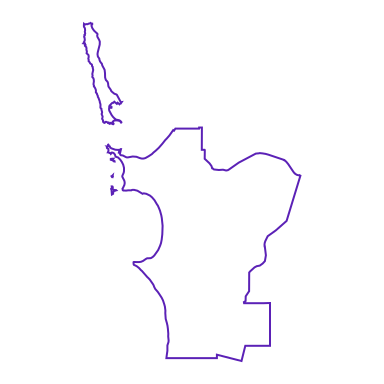 Rockingham, Western Australia, Australia (orthographic projection)
{"feature_id": "25037944B36908504302594", "entity_name": "Rockingham", "entity_type": "district", "adm_level": 2, "iso_a3": "AUS", "parent_name": "Australia", "parent_adm1": "Western Australia", "projection": "orthographic", "projection_center": [115.705, -32.307], "detail": "fine", "context": "isolated", "style": "outline", "palette": "violet", "viewbox_px": 384, "rotation_deg": 0, "n_neighbors": 0, "source": "geoboundaries", "source_scale": "gbopen_adm2", "svg_char_len": 5826}
<svg xmlns="http://www.w3.org/2000/svg" viewBox="0 0 384 384"><path d="M173.2,130.1L169.4,135.5L166.7,138.6L165.3,140.0L162.3,143.8L158.8,147.8L155.7,150.7L153.5,152.5L151.9,154.1L148.7,156.2L145.7,157.9L144.7,158.3L143.0,158.6L141.4,158.5L139.6,158.0L136.5,156.8L132.7,156.5L127.9,157.4L126.8,157.4L125.9,157.1L122.9,155.5L120.8,155.2L120.3,154.7L119.9,153.7L120.0,153.3L121.0,149.1L120.7,149.1L119.7,153.0L118.8,152.7L119.3,150.7L120.0,150.5L120.0,149.9L119.5,149.8L117.8,149.9L115.2,149.7L111.3,148.3L110.2,147.5L109.8,146.4L108.8,146.0L108.6,145.0L108.3,144.6L108.1,144.7L108.2,145.5L107.4,146.4L106.9,146.4L107.2,146.7L107.2,147.1L106.9,147.5L107.1,148.2L107.6,148.3L108.2,148.7L108.5,150.2L108.4,151.1L107.9,152.3L108.4,152.3L109.4,153.0L110.0,153.0L110.5,153.3L110.8,153.9L111.3,153.4L111.6,152.6L112.6,152.6L113.7,153.1L114.9,154.5L115.5,156.4L116.0,156.8L118.1,157.5L120.2,159.6L121.8,161.9L123.2,164.7L124.0,167.9L124.0,171.1L123.7,172.7L122.4,175.7L122.3,176.7L124.3,180.7L124.6,182.0L124.7,183.1L124.4,184.9L122.9,188.1L122.5,188.6L122.8,190.2L123.3,190.5L126.2,190.6L128.4,190.3L131.4,190.3L131.8,190.0L132.3,189.9L134.2,189.9L137.4,190.7L142.6,193.8L143.4,193.4L144.0,193.4L146.3,193.8L150.0,195.6L152.1,197.4L154.5,200.2L157.1,204.6L157.8,205.5L158.9,208.0L160.0,210.7L161.3,215.4L161.8,218.1L162.6,225.8L162.3,234.3L161.7,239.6L161.0,243.1L160.1,245.7L158.2,250.0L154.3,255.5L152.7,257.0L151.1,258.0L150.3,258.2L147.1,258.3L145.8,259.0L143.1,260.9L141.0,261.8L138.9,262.1L133.8,262.0L133.6,262.1L133.5,262.7L133.7,264.5L134.1,265.0L135.4,265.5L137.0,266.4L139.1,268.1L141.0,270.2L141.9,270.9L147.3,277.1L148.2,277.9L149.8,279.6L153.2,284.5L153.7,285.5L154.1,286.7L155.2,288.9L157.8,291.9L159.1,293.8L161.6,297.6L163.0,300.4L164.3,304.4L164.9,306.6L165.4,310.6L165.3,313.1L165.7,318.9L166.9,323.1L167.5,325.8L167.9,328.8L168.3,333.7L168.2,336.5L168.6,340.4L168.5,342.0L167.4,345.4L167.4,350.8L166.8,354.9L166.4,358.1L216.9,358.1L216.9,354.7L241.5,361.0L245.3,345.8L270.0,345.8L270.0,303.0L263.4,303.2L244.1,303.2L243.9,302.1L245.6,301.0L245.7,296.3L249.1,291.2L249.2,272.5L250.1,271.4L254.5,267.4L256.7,266.2L259.8,265.6L262.7,263.5L264.9,261.1L265.9,255.3L264.8,246.3L264.6,246.3L264.5,244.8L264.7,243.0L265.3,241.1L267.7,236.2L275.8,230.4L286.6,220.9L300.4,175.7L299.7,175.3L299.6,175.5L297.0,174.9L295.1,173.8L294.9,173.4L294.3,173.0L293.3,171.7L288.2,164.1L286.3,161.8L285.2,160.8L283.9,160.1L284.0,159.9L268.5,154.7L265.6,153.9L262.5,153.4L259.7,153.1L259.0,153.3L255.8,153.6L238.8,162.6L228.7,169.7L227.8,170.2L226.1,170.5L223.0,169.7L218.9,170.0L214.3,169.5L213.6,169.3L212.5,168.2L212.1,168.2L211.8,167.0L211.4,165.9L209.5,163.3L204.7,158.8L204.8,150.1L204.6,149.8L201.8,149.8L201.9,127.5L199.1,127.5L199.0,128.6L175.4,128.6L174.0,130.7L173.2,130.1ZM92.7,67.7L93.2,70.0L92.3,74.0L92.6,75.5L92.3,76.9L92.5,77.3L93.3,78.1L93.7,79.2L93.9,81.2L93.5,84.1L93.6,84.7L94.0,85.7L93.9,86.5L94.7,87.3L95.5,89.0L95.9,90.2L95.9,92.5L96.9,93.5L97.0,94.3L97.8,95.9L97.8,96.8L98.4,97.7L99.7,101.2L99.9,102.7L100.2,103.3L100.5,104.7L100.4,107.5L100.7,108.2L101.4,108.7L101.4,109.5L102.1,112.2L102.0,113.0L101.6,114.0L102.6,116.5L102.4,118.0L102.1,118.8L103.0,120.3L103.0,121.2L103.2,122.0L104.3,122.9L104.9,122.7L105.5,122.1L105.5,121.9L106.5,121.9L107.5,122.4L107.9,123.0L108.2,123.0L108.3,122.7L108.5,122.6L108.7,123.1L109.3,123.4L109.5,123.8L110.3,123.6L110.2,123.1L110.3,122.9L111.0,122.9L112.5,124.1L113.3,124.2L113.6,123.8L113.3,123.1L112.8,122.6L112.7,121.8L113.6,120.9L114.2,120.6L115.5,120.4L117.2,120.4L119.6,120.9L120.4,121.6L121.1,122.6L121.4,122.4L121.4,122.2L120.9,121.5L120.0,120.7L119.0,120.2L116.0,119.6L114.3,118.2L113.0,116.9L111.6,115.0L109.3,110.7L109.0,108.9L109.4,107.8L111.4,107.8L111.7,106.2L111.2,107.4L111.0,107.6L109.2,107.5L109.2,107.0L109.3,106.2L109.8,105.3L110.5,105.1L110.5,104.8L111.1,104.0L112.3,102.9L112.9,102.7L113.4,102.8L114.3,101.7L116.9,103.9L117.1,103.7L116.9,103.5L117.6,102.7L119.4,104.2L119.6,103.8L120.7,103.6L121.7,102.1L121.1,102.2L120.5,101.6L116.9,94.9L116.5,94.5L114.3,93.7L112.0,91.8L111.1,90.8L110.7,89.7L108.5,86.6L108.2,84.9L108.1,83.5L107.7,82.1L107.3,81.5L105.9,80.0L105.6,79.2L105.1,77.4L105.0,73.1L104.6,69.8L102.3,65.5L101.8,63.6L101.0,62.8L100.0,61.3L99.4,59.6L99.3,58.6L97.9,56.6L97.7,55.5L97.5,54.1L97.8,52.1L99.7,44.7L99.8,41.7L99.2,40.0L97.4,36.8L97.2,35.5L97.5,34.4L97.4,33.8L94.0,30.6L92.4,28.3L91.6,26.2L91.5,25.3L91.6,24.9L92.2,24.5L92.2,23.6L91.4,23.5L90.5,23.0L90.3,23.4L88.7,23.6L87.6,24.2L86.1,24.1L85.5,24.5L84.6,24.3L84.0,23.8L83.9,24.9L83.9,26.3L84.0,26.9L84.4,27.3L84.7,27.9L85.0,28.9L85.1,30.5L84.8,31.8L85.2,33.4L85.0,34.0L84.6,34.5L84.9,34.8L84.9,35.1L84.4,35.4L84.3,36.6L84.1,36.9L84.5,37.5L84.8,39.7L84.7,40.5L84.6,40.9L84.3,41.3L84.1,41.9L83.8,42.3L84.1,42.8L83.6,43.3L84.4,43.4L84.7,43.1L85.0,43.4L84.8,44.4L85.4,44.8L85.3,45.0L84.9,44.9L84.9,45.8L85.2,46.1L85.6,45.9L85.9,46.8L86.3,47.2L86.5,48.6L86.4,49.8L86.7,50.6L86.9,51.8L86.6,53.3L88.3,54.8L88.6,55.7L88.7,57.0L88.3,58.6L88.7,59.9L88.6,61.1L89.7,62.3L90.2,63.4L91.8,64.5L92.0,65.0L92.0,66.0L92.8,67.1L92.7,67.7ZM111.9,188.1L111.1,188.8L111.1,189.0L111.5,189.8L111.9,194.5L113.1,193.8L113.1,193.5L112.6,193.1L112.6,192.5L113.5,191.9L113.8,191.2L114.4,190.8L115.0,190.8L115.3,190.5L116.3,190.3L116.1,190.1L114.2,190.0L112.9,189.4L112.6,188.4L112.8,187.7L112.7,186.9L112.5,186.5L112.2,186.4L111.7,186.4L111.9,188.1ZM110.8,159.8L111.9,160.1L112.3,159.4L113.0,159.3L113.4,158.7L112.0,158.8L112.1,159.0L111.9,159.1L111.6,159.0L111.5,159.3L111.4,159.3L111.5,158.9L111.0,159.0L111.1,159.3L110.8,159.3L110.8,159.8ZM112.6,177.1L112.9,176.3L112.6,175.8L112.7,175.3L112.2,175.8L111.5,176.2L111.8,176.7L112.1,176.4L112.3,176.4L112.4,177.0L112.6,177.1ZM113.7,161.3L114.6,161.5L114.6,161.2L114.3,161.0L114.2,161.1L113.5,161.1L113.7,161.3Z" fill="none" stroke="#5b21b6" stroke-width="2"/></svg>